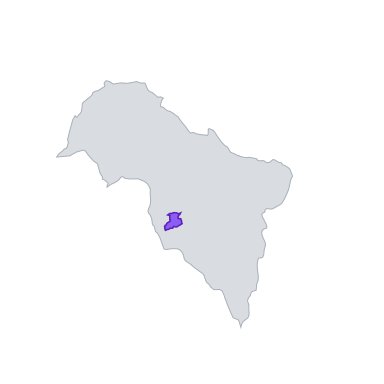 Mingala, Basse-Kotto, Central African Republic shown in context, rotated 57°
{"feature_id": "33826404B71517620333215", "entity_name": "Mingala", "entity_type": "district", "adm_level": 2, "iso_a3": "CAF", "parent_name": "Central African Republic", "parent_adm1": "Basse-Kotto", "projection": "orthographic", "projection_center": [21.601, 5.165], "detail": "fine", "context": "in_parent", "style": "filled", "palette": "violet", "viewbox_px": 384, "rotation_deg": 57, "n_neighbors": 0, "source": "geoboundaries", "source_scale": "gbopen_adm2", "svg_char_len": 4744}
<svg xmlns="http://www.w3.org/2000/svg" viewBox="0 0 384 384"><g transform="rotate(57 192 192)"><path d="M259.2,147.3L262.3,148.2L262.9,149.1L262.1,152.3L262.7,154.3L264.5,156.0L266.3,156.7L268.0,157.1L274.1,158.1L276.6,159.3L279.9,163.0L284.1,166.4L285.1,168.2L285.0,169.9L283.7,171.9L283.9,172.7L285.9,174.7L288.1,176.7L292.1,179.0L299.1,182.5L302.3,184.8L303.4,186.6L305.2,188.6L307.7,190.4L309.3,191.7L308.2,195.7L308.6,196.9L309.2,198.0L310.7,199.6L311.3,201.6L312.7,204.0L314.4,205.1L317.3,205.5L318.8,206.7L322.0,208.6L325.0,210.3L326.4,211.4L327.2,212.5L327.9,213.7L328.2,214.9L328.3,217.6L328.9,220.8L330.5,223.1L332.1,224.7L325.8,222.9L324.9,222.8L323.8,223.2L320.6,225.6L319.5,225.9L315.5,225.4L305.5,223.6L297.9,221.9L295.6,221.2L291.5,220.6L288.8,221.9L286.3,226.1L285.6,226.9L281.6,228.2L279.7,227.9L275.1,229.0L268.0,227.3L265.5,227.7L263.5,228.6L258.4,230.5L255.3,231.6L251.7,232.6L248.3,234.1L246.0,235.0L243.7,234.9L241.7,234.1L239.4,233.4L236.8,233.2L234.0,233.7L231.6,235.3L230.7,236.5L228.6,239.7L226.2,244.9L225.3,245.9L224.4,246.5L213.3,243.9L208.5,243.3L205.2,244.1L201.2,242.7L199.4,242.4L198.5,242.9L196.3,242.2L192.6,240.4L189.1,239.7L185.9,239.9L184.0,239.3L182.4,237.6L180.4,234.5L176.8,231.4L172.0,228.8L168.9,226.9L167.7,225.7L165.1,225.0L161.1,224.8L157.3,226.1L151.7,229.9L146.6,237.9L143.7,241.0L141.4,241.7L140.8,243.7L142.0,246.7L142.2,250.3L141.4,256.3L141.7,260.6L140.5,259.9L139.3,257.9L138.8,257.5L135.4,258.4L133.6,259.2L132.7,260.0L132.0,260.1L130.9,259.0L130.0,258.8L128.7,259.0L127.3,258.9L126.5,258.8L125.9,258.9L124.3,258.2L118.5,256.5L117.5,255.9L116.3,256.0L113.3,257.4L111.7,257.8L106.9,258.7L101.7,259.1L99.8,259.1L98.4,259.8L97.5,260.7L95.9,266.2L95.5,267.1L95.5,268.5L95.1,273.0L95.3,274.4L89.0,286.5L88.0,284.5L87.4,282.1L87.2,279.4L87.3,278.6L86.9,277.8L86.4,275.6L86.9,274.1L86.5,272.6L85.3,271.1L84.2,270.0L83.6,269.0L83.1,268.5L81.9,268.4L80.3,267.8L73.5,260.6L66.4,252.5L65.0,249.8L64.4,248.3L66.2,248.2L66.6,247.9L66.7,247.2L65.6,245.1L65.1,242.5L64.2,240.9L61.5,238.4L58.9,236.5L58.0,235.5L57.6,234.1L56.6,225.4L56.2,223.0L55.4,221.9L54.8,221.4L54.6,220.8L54.7,219.2L55.0,217.8L55.0,217.3L55.8,216.1L55.9,208.0L55.0,206.9L53.4,206.9L52.6,205.7L51.9,204.2L52.1,203.2L53.7,201.6L54.7,200.9L57.7,199.7L58.6,199.0L59.1,198.3L59.5,197.2L61.3,193.1L64.0,189.0L65.1,188.1L67.8,182.1L68.4,180.6L68.9,179.0L69.8,177.8L72.7,175.7L74.9,172.2L77.2,172.4L79.6,173.0L82.7,173.3L85.1,172.6L86.7,171.2L94.2,168.9L94.8,166.9L96.0,165.9L97.3,165.1L97.8,164.9L97.9,165.6L98.7,167.6L100.4,169.6L102.9,171.8L103.6,171.7L105.2,170.0L109.1,169.0L110.1,168.6L112.9,166.2L116.2,164.7L118.2,164.1L121.6,162.6L123.9,162.8L127.8,162.5L134.2,161.8L138.9,161.6L141.2,161.3L141.8,161.0L142.7,158.7L143.4,158.0L145.2,157.0L148.6,153.5L150.9,150.6L151.6,149.5L152.1,149.3L153.0,148.1L152.1,146.8L148.3,144.2L148.3,143.8L148.1,143.4L148.3,143.0L149.8,142.0L151.8,140.7L153.9,140.3L159.3,140.4L164.0,140.2L165.1,140.2L168.7,139.6L171.2,139.1L173.8,137.8L179.6,138.0L184.4,134.8L185.8,134.2L186.4,133.7L186.6,133.2L188.8,131.9L191.4,129.3L193.4,126.9L193.9,125.3L199.4,119.6L201.3,119.7L202.2,119.0L204.4,115.3L205.0,114.6L207.3,113.9L208.3,112.8L209.3,111.1L209.3,109.1L208.9,107.4L208.9,106.6L209.4,105.9L210.2,105.1L214.4,103.1L215.4,102.1L216.0,101.2L217.2,101.1L218.5,101.2L219.3,100.6L220.2,99.7L223.0,98.4L225.7,97.5L228.4,97.9L233.5,99.1L235.0,101.8L235.7,102.7L242.0,109.1L243.2,110.6L246.3,115.2L248.2,118.3L250.4,122.8L250.6,125.3L250.4,127.4L250.0,133.3L249.4,135.0L246.7,138.2L246.6,139.6L247.1,140.8L248.0,141.3L248.5,141.9L248.2,144.7L249.2,145.8L251.3,146.5L256.5,147.0L259.2,147.3Z" fill="#d9dde1" stroke="#a8b0b8" stroke-width="1"/><path d="M210.9,226.2L212.0,225.1L212.5,224.7L212.8,224.1L213.1,223.2L213.0,221.4L213.0,220.7L213.3,219.9L213.1,219.3L213.1,218.7L213.2,217.9L213.2,217.5L212.0,217.4L211.5,216.9L211.0,216.8L210.3,216.4L208.1,216.0L207.8,216.4L207.6,217.3L207.1,217.7L206.5,217.9L205.9,217.9L205.6,217.5L205.4,217.0L204.8,216.9L204.7,216.6L204.5,215.9L204.1,215.3L204.3,214.7L204.1,214.2L203.7,213.7L203.3,213.0L203.2,213.7L203.0,215.1L202.8,215.4L202.2,215.6L201.3,216.1L200.8,216.6L200.3,217.4L199.8,217.9L199.1,219.1L199.1,220.0L199.0,220.8L198.1,221.7L197.9,222.3L198.0,224.9L199.8,223.3L200.6,224.2L201.2,224.5L201.7,224.8L203.2,225.8L203.8,225.5L204.5,226.1L204.6,226.5L204.5,228.0L204.5,229.8L204.9,230.8L205.5,231.4L205.6,231.8L205.5,232.2L205.3,232.6L205.5,233.0L205.9,233.1L206.1,233.4L206.0,233.8L206.6,234.1L207.2,234.2L207.6,234.6L208.4,234.9L209.2,235.2L209.7,235.2L209.9,234.7L209.7,234.1L209.9,233.9L209.9,233.5L210.0,233.0L210.5,232.1L210.6,230.1L210.7,229.5L211.7,228.3L211.8,227.7L211.2,226.7L210.9,226.2Z" fill="#8b5cf6" stroke="#5b21b6" stroke-width="1.5"/></g></svg>